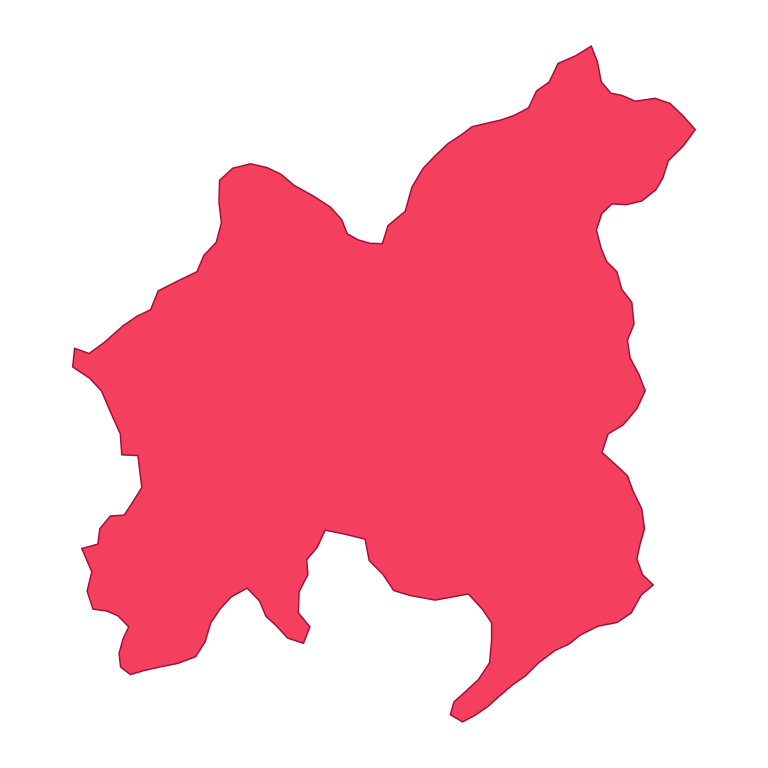 outline of Coronel Xavier Chaves, Minas Gerais, Brazil
{"feature_id": "56859067B25773134342580", "entity_name": "Coronel Xavier Chaves", "entity_type": "district", "adm_level": 2, "iso_a3": "BRA", "parent_name": "Brazil", "parent_adm1": "Minas Gerais", "projection": "natural_earth1", "projection_center": [-44.197, -21.023], "detail": "fine", "context": "isolated", "style": "filled", "palette": "rose", "viewbox_px": 768, "rotation_deg": 0, "n_neighbors": 0, "source": "geoboundaries", "source_scale": "gbopen_adm2", "svg_char_len": 2056}
<svg xmlns="http://www.w3.org/2000/svg" viewBox="0 0 768 768"><path d="M645.2,390.7L638.9,374.4L630.1,357.9L627.4,340.2L634.0,324.0L631.8,302.2L621.8,289.4L616.9,271.7L606.9,261.9L601.2,248.5L596.4,230.0L601.7,213.7L612.0,203.9L626.2,204.7L641.8,201.0L655.7,189.9L662.6,178.6L668.4,160.7L683.3,145.9L695.3,129.6L682.6,115.4L670.1,103.5L655.2,98.3L635.2,101.2L622.0,95.4L610.8,93.1L601.3,82.0L597.4,61.7L591.3,46.1L575.4,55.9L558.0,63.5L549.2,82.0L536.5,91.0L528.5,107.9L514.1,115.4L500.9,120.0L485.7,123.5L472.0,126.7L462.5,134.0L448.1,143.5L435.2,155.7L423.2,168.2L412.0,187.0L405.1,211.4L388.0,225.6L382.4,243.6L369.9,243.3L358.0,239.8L347.2,233.7L341.8,219.8L330.4,207.1L312.8,195.7L294.0,185.3L281.0,174.3L267.1,167.6L250.7,163.8L232.7,168.2L219.5,180.4L219.0,202.7L221.4,222.7L216.3,242.2L203.8,255.5L197.0,271.7L178.2,280.7L158.2,290.9L150.6,309.7L136.7,316.4L122.8,326.0L104.2,342.5L89.1,353.5L74.6,348.3L72.7,366.9L89.6,378.2L101.5,391.0L110.3,411.6L120.3,433.9L121.8,454.8L137.9,455.6L139.9,471.9L141.8,487.5L133.5,500.9L124.2,515.1L110.3,516.0L99.8,528.7L97.9,544.1L81.8,548.5L91.8,571.7L87.1,591.1L93.0,609.1L107.2,611.1L117.9,615.8L128.7,626.8L122.8,639.5L119.1,653.5L120.6,667.1L130.4,674.6L143.8,670.6L159.2,667.1L178.0,663.3L195.6,656.7L205.1,641.9L210.7,623.0L220.0,609.1L231.2,596.9L247.1,588.2L259.6,601.0L265.9,616.3L276.4,625.9L287.6,638.1L303.5,643.3L309.9,626.8L298.4,612.9L299.1,591.7L307.9,574.6L306.7,559.8L317.2,547.3L325.2,530.2L344.1,534.0L365.1,539.2L369.2,560.6L383.1,574.6L393.6,590.5L410.0,595.5L435.1,600.1L452.5,596.9L468.4,594.0L482.8,609.7L491.6,623.0L491.6,640.1L489.6,662.7L478.4,679.6L464.0,692.9L454.0,701.9L450.3,714.7L462.5,721.9L475.2,715.2L487.9,706.5L498.4,697.0L512.3,685.1L525.5,675.8L538.0,663.3L554.8,650.6L569.2,643.9L580.5,634.9L598.0,626.2L617.3,622.4L631.3,612.9L641.3,594.9L653.2,585.0L642.5,574.6L636.9,558.9L640.1,544.1L644.5,528.7L641.8,509.0L633.2,491.3L627.4,475.7L615.2,464.3L602.0,452.4L608.1,433.9L623.2,424.9L636.9,408.7L645.2,390.7Z" fill="#f43f5e" stroke="#9f1239" stroke-width="1.5"/></svg>